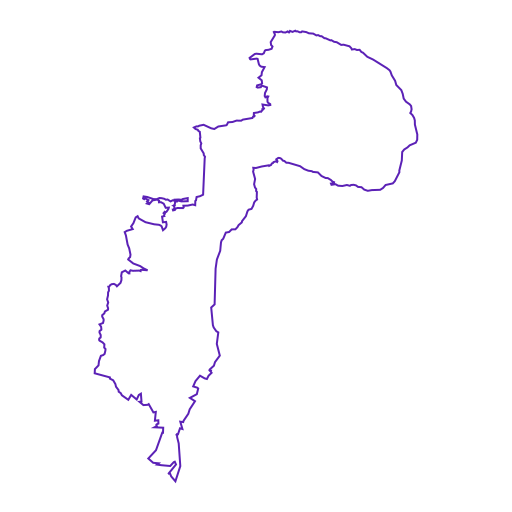 Estelnic, Harghita, Romania (Equal Earth projection)
{"feature_id": "2599482B48402840348711", "entity_name": "Estelnic", "entity_type": "district", "adm_level": 2, "iso_a3": "ROU", "parent_name": "Romania", "parent_adm1": "Harghita", "projection": "equal_earth", "projection_center": [26.246, 46.152], "detail": "fine", "context": "isolated", "style": "outline", "palette": "violet", "viewbox_px": 512, "rotation_deg": 0, "n_neighbors": 0, "source": "geoboundaries", "source_scale": "gbopen_adm2", "svg_char_len": 6024}
<svg xmlns="http://www.w3.org/2000/svg" viewBox="0 0 512 512"><path d="M394.8,181.2L399.4,172.2L399.3,170.6L401.8,160.5L402.2,152.0L404.2,149.5L407.5,147.4L409.7,145.3L415.8,142.7L417.2,139.8L417.3,134.5L414.9,124.6L414.8,120.4L414.1,117.9L412.4,115.0L410.3,113.0L411.1,111.5L411.6,109.2L411.1,106.0L409.8,104.4L406.0,101.7L403.7,98.6L402.7,93.8L401.3,90.1L396.3,85.0L395.1,80.8L391.8,75.4L390.4,71.5L389.5,70.2L386.8,68.1L373.0,59.5L367.3,56.8L363.0,52.7L361.4,52.0L359.6,49.8L357.0,50.0L354.7,49.1L351.9,49.5L351.3,48.2L349.5,46.3L343.6,44.7L341.2,44.9L336.7,42.2L334.1,41.8L331.4,40.2L330.4,40.4L325.7,38.3L324.4,38.2L321.6,36.2L320.2,36.2L318.1,35.1L316.4,35.4L313.2,33.6L308.9,33.3L306.3,32.1L302.1,31.4L301.3,32.2L299.7,32.3L297.5,31.3L296.1,31.4L295.3,30.7L292.5,31.9L290.0,30.9L289.2,32.4L288.5,32.3L287.7,31.4L285.5,32.5L282.8,32.3L281.4,31.5L278.4,32.2L274.1,31.8L273.8,32.0L274.9,34.3L274.8,35.4L270.7,42.1L271.1,45.0L272.5,46.5L271.6,48.8L268.5,49.8L265.7,50.1L264.9,50.6L263.8,53.3L262.0,54.3L256.4,53.7L254.8,54.0L249.6,57.9L250.0,59.0L250.5,59.4L256.7,58.6L257.6,58.9L258.9,64.2L259.7,65.6L261.3,66.7L264.6,67.1L261.9,72.1L261.5,75.3L258.5,77.7L261.7,80.3L262.1,83.3L261.1,84.3L257.1,85.4L256.7,87.1L257.7,87.6L260.8,87.2L261.8,85.6L267.0,87.4L266.8,89.4L265.0,93.0L264.7,96.0L265.4,97.3L267.2,96.3L268.2,96.5L267.4,98.2L267.5,101.8L268.1,102.8L270.2,104.1L270.3,105.0L268.2,105.4L262.5,104.5L263.0,107.0L264.0,108.5L263.2,109.4L262.4,109.2L262.2,110.4L261.0,111.8L260.2,111.5L257.9,112.4L253.9,113.0L253.8,114.8L254.6,115.9L254.0,116.6L253.1,116.6L252.4,118.0L242.9,119.6L241.1,120.7L236.5,120.6L232.5,122.0L228.1,122.3L226.8,124.9L226.2,125.3L218.3,126.5L214.3,129.0L211.2,128.3L203.6,124.8L199.3,125.7L198.0,126.4L196.4,126.4L193.9,127.5L195.5,129.0L197.8,129.8L198.3,130.8L199.8,131.8L200.4,137.7L199.9,138.2L200.3,141.4L201.3,143.4L200.7,145.2L200.7,148.4L203.7,153.4L203.8,155.0L205.0,156.8L204.7,158.1L203.1,194.7L200.0,196.2L196.6,197.0L196.0,200.3L195.3,201.0L195.2,205.2L192.7,204.5L187.7,205.6L183.4,205.7L183.7,207.4L183.0,208.1L177.3,208.0L175.4,208.8L174.8,210.0L173.1,210.4L172.9,209.7L174.1,209.7L173.7,209.1L174.5,208.2L174.3,207.1L173.8,207.3L174.3,206.9L173.9,206.1L174.3,205.7L173.6,205.5L174.7,204.8L175.2,201.6L177.1,201.5L177.8,200.5L181.4,201.4L187.7,201.2L187.7,198.1L182.9,199.0L181.3,199.8L178.8,199.5L174.3,199.7L174.0,200.6L172.6,200.3L170.6,201.4L167.6,199.5L165.8,199.7L164.3,198.8L161.7,198.2L159.5,198.0L156.6,199.2L153.5,199.1L147.3,197.0L143.6,196.4L143.1,198.5L144.2,199.2L145.2,198.4L148.4,200.1L147.1,201.4L148.2,202.2L146.9,203.5L149.2,204.2L152.5,200.4L157.6,199.5L158.5,200.6L159.1,200.7L159.0,202.3L161.0,202.2L163.7,203.7L165.7,207.8L168.8,207.6L168.4,209.0L166.6,211.6L165.5,212.4L164.7,211.8L163.6,213.1L164.7,214.0L163.9,215.6L164.2,216.1L162.1,216.6L162.9,222.3L166.1,221.9L166.6,224.6L166.2,226.8L165.3,228.2L163.0,230.2L161.6,226.3L160.6,225.5L159.0,224.8L154.2,224.3L145.5,222.2L138.7,218.4L137.6,216.2L135.7,217.4L133.4,223.2L131.1,226.5L132.7,229.1L126.9,230.8L124.7,232.1L125.9,235.4L127.6,244.5L129.2,248.4L130.5,254.7L130.1,257.1L128.6,258.5L128.2,259.5L133.3,263.5L140.2,266.1L143.5,268.3L147.6,270.3L141.7,269.8L140.8,270.0L140.6,271.1L139.2,270.6L132.9,270.8L130.5,270.3L129.4,271.9L129.4,273.4L128.7,273.4L125.3,270.5L121.8,272.3L121.1,276.2L121.5,277.4L121.4,280.2L120.5,282.9L116.9,286.3L115.8,284.9L113.9,283.9L111.7,284.2L110.2,285.1L109.1,286.8L108.4,286.8L108.9,288.4L108.9,290.8L108.1,292.3L108.0,295.5L107.1,299.3L108.2,302.5L107.2,305.6L108.1,308.2L108.0,309.7L104.9,311.5L104.3,313.4L102.2,315.2L102.2,316.6L103.6,319.2L103.6,320.7L103.0,323.0L99.5,324.4L101.1,326.7L101.4,329.2L101.3,329.8L99.7,330.9L99.5,331.7L99.5,332.6L100.7,335.0L100.7,336.9L100.6,337.5L99.3,338.5L99.1,339.9L99.6,340.7L102.6,342.4L104.4,344.3L104.2,347.6L105.5,349.0L105.4,350.5L104.6,353.9L103.1,355.1L100.9,355.8L99.0,361.0L98.5,365.4L94.9,369.1L94.7,373.3L109.9,377.4L109.9,378.6L113.2,380.3L115.4,384.1L116.0,386.7L118.5,390.0L118.7,391.7L120.7,393.1L121.9,395.3L128.3,399.8L131.2,394.9L136.7,399.5L138.8,395.0L140.9,393.7L141.5,401.5L139.5,401.8L143.4,405.1L147.7,404.8L148.7,404.1L153.4,412.4L155.8,411.9L154.9,420.7L158.3,420.3L158.4,423.6L156.7,424.3L156.3,424.9L156.8,426.1L154.5,427.3L163.2,427.7L163.0,432.7L162.3,432.6L162.1,433.1L156.0,450.2L148.3,458.5L153.2,462.8L158.6,463.3L157.0,464.6L161.4,465.2L170.2,466.0L173.7,462.2L174.8,461.7L176.0,464.5L168.2,474.0L169.9,473.2L171.2,476.4L175.4,481.3L180.3,466.1L178.7,443.4L177.1,437.0L177.1,435.3L176.5,434.8L177.0,434.1L178.0,434.2L180.0,428.3L182.4,429.0L180.3,421.7L183.2,422.1L183.6,420.7L188.3,413.8L189.7,409.3L195.0,401.2L189.9,397.9L196.8,394.2L198.2,388.5L197.3,387.7L193.2,386.4L195.5,381.1L200.0,375.7L204.7,378.4L206.9,379.0L208.6,375.7L211.6,372.8L210.7,371.5L210.9,370.9L210.1,371.0L209.4,370.2L209.8,369.4L213.9,365.7L215.0,362.1L219.8,355.6L216.8,343.9L218.3,332.4L216.3,331.2L213.7,327.5L212.9,325.2L211.2,307.5L214.6,304.4L215.6,268.6L216.9,259.5L220.2,250.8L221.0,242.4L221.7,240.2L223.2,238.8L225.8,232.6L229.1,232.0L231.7,229.4L235.4,229.3L237.4,227.2L238.6,225.1L241.8,222.4L242.0,221.2L245.9,216.2L247.5,211.2L248.6,209.7L251.5,208.9L253.2,205.8L254.2,202.4L255.6,200.6L257.1,199.5L256.7,197.6L256.9,191.9L256.1,191.0L256.2,189.0L255.0,187.5L254.1,184.2L255.1,179.0L253.1,171.6L253.6,169.7L253.3,167.8L255.9,168.0L261.7,166.5L268.8,165.3L269.1,165.9L271.1,164.9L271.8,163.5L273.0,163.0L273.5,162.1L276.0,161.3L277.1,162.0L277.5,161.2L276.3,159.3L278.3,157.9L279.8,158.0L281.2,158.7L283.0,160.7L284.4,161.0L286.3,162.7L288.6,162.8L300.1,166.2L304.2,169.1L308.3,170.7L311.8,171.2L312.9,171.9L317.9,172.4L321.5,176.0L325.6,178.0L327.8,178.1L330.9,180.0L332.5,181.6L334.1,182.2L333.9,183.3L331.0,183.6L331.5,184.8L335.5,184.2L338.1,185.7L342.4,186.0L346.9,185.0L349.9,185.8L351.1,185.0L353.6,184.8L356.0,185.4L358.0,186.9L361.5,187.2L364.2,189.6L367.8,190.8L371.8,190.1L380.2,189.8L383.0,188.0L385.6,185.0L392.8,183.4L394.8,181.2Z" fill="none" stroke="#5b21b6" stroke-width="2"/></svg>